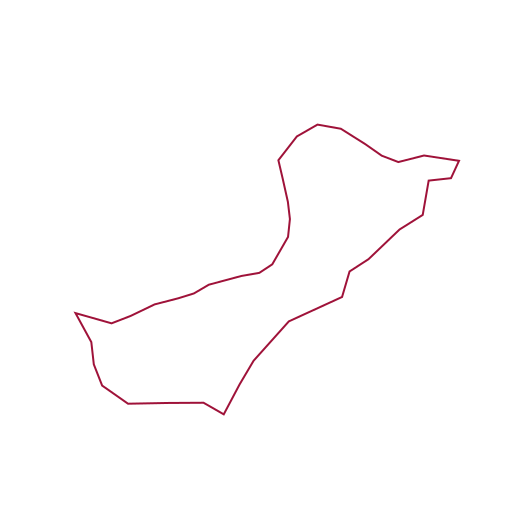 Moutoulias, Nicosia, Cyprus, rotated 125°
{"feature_id": "46923920B1474013022531", "entity_name": "Moutoulias", "entity_type": "district", "adm_level": 2, "iso_a3": "CYP", "parent_name": "Cyprus", "parent_adm1": "Nicosia", "projection": "mercator", "projection_center": [32.834, 34.974], "detail": "fine", "context": "isolated", "style": "outline", "palette": "rose", "viewbox_px": 512, "rotation_deg": 125, "n_neighbors": 0, "source": "geoboundaries", "source_scale": "gbopen_adm2", "svg_char_len": 653}
<svg xmlns="http://www.w3.org/2000/svg" viewBox="0 0 512 512"><g transform="rotate(125 256 256)"><path d="M450.4,276.1L427.3,244.4L406.3,214.8L404.2,191.6L370.5,195.8L343.2,197.9L290.7,191.6L240.2,162.0L215.0,170.5L194.0,162.0L151.9,153.6L126.7,143.0L95.2,157.8L80.4,140.9L61.6,144.3L77.3,176.0L97.4,193.3L101.7,210.5L101.7,230.7L103.1,259.5L113.1,281.0L134.6,291.1L164.7,292.6L177.6,278.2L193.4,260.9L206.3,249.4L222.0,240.7L253.5,237.9L267.9,243.6L280.8,256.6L306.6,278.2L322.3,285.4L335.2,295.4L353.8,311.3L376.8,324.2L394.0,335.7L406.3,371.1L421.0,341.5L437.8,326.7L450.4,307.7L450.4,276.1Z" fill="none" stroke="#9f1239" stroke-width="2"/></g></svg>